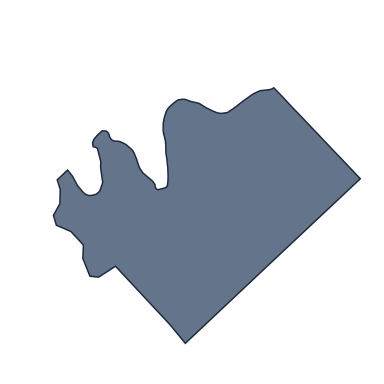 outline of Pemiscot, Missouri, United States of America, rotated 227°
{"feature_id": "52423323B55965688418648", "entity_name": "Pemiscot", "entity_type": "district", "adm_level": 2, "iso_a3": "USA", "parent_name": "United States of America", "parent_adm1": "Missouri", "projection": "mercator", "projection_center": [-89.66, 36.213], "detail": "fine", "context": "isolated", "style": "filled", "palette": "slate", "viewbox_px": 384, "rotation_deg": 227, "n_neighbors": 0, "source": "geoboundaries", "source_scale": "gbopen_adm2", "svg_char_len": 1558}
<svg xmlns="http://www.w3.org/2000/svg" viewBox="0 0 384 384"><g transform="rotate(227 192 192)"><path d="M85.9,83.9L86.5,206.0L86.9,324.1L115.7,323.9L115.8,323.9L118.1,323.8L128.5,323.7L128.8,323.7L129.0,323.7L131.8,323.7L180.9,323.2L181.0,323.1L197.1,323.1L199.4,323.1L212.4,322.9L213.0,320.4L214.0,318.5L219.6,310.9L221.5,305.5L222.2,302.5L223.6,291.7L224.8,279.0L225.8,272.7L226.4,271.4L229.5,267.0L232.4,264.6L236.8,262.5L244.2,259.7L251.5,257.8L253.1,257.0L258.0,253.5L264.6,250.0L266.1,248.6L268.5,245.2L269.0,243.7L269.5,240.0L269.7,234.8L269.4,231.1L268.3,227.8L265.1,222.2L262.1,218.1L256.5,212.7L253.7,210.8L250.9,209.4L247.2,207.2L243.3,204.0L238.3,199.5L233.7,196.4L226.0,190.6L223.2,188.2L219.5,185.0L216.0,181.4L213.6,178.5L213.2,177.9L213.1,176.9L213.2,175.8L214.1,173.6L215.9,170.6L216.5,169.2L218.2,167.9L220.1,168.3L222.7,169.9L226.7,170.6L239.4,169.1L244.6,169.9L247.3,170.8L253.4,173.7L260.0,176.2L262.3,176.8L264.4,176.9L271.8,176.1L276.7,174.3L278.5,173.4L282.9,169.5L284.3,169.0L286.4,168.9L288.6,169.4L290.9,170.7L293.0,171.1L294.6,170.9L295.8,170.3L298.0,168.0L298.1,162.3L297.6,156.9L296.5,154.0L295.6,152.7L293.0,150.8L292.1,150.8L290.8,151.8L288.3,152.5L276.2,145.9L273.3,142.8L270.6,140.7L259.7,133.1L256.0,125.9L255.5,124.5L255.7,120.5L257.7,116.5L260.2,113.8L262.7,112.7L265.3,112.2L274.7,112.6L285.2,115.4L292.9,116.0L292.8,101.7L283.8,97.4L273.6,87.5L269.4,74.7L260.1,70.1L245.8,76.5L227.3,76.4L217.9,66.9L200.0,59.9L193.4,65.6L189.9,85.4L109.7,85.4L85.9,83.9Z" fill="#64748b" stroke="#1e293b" stroke-width="1.5"/></g></svg>